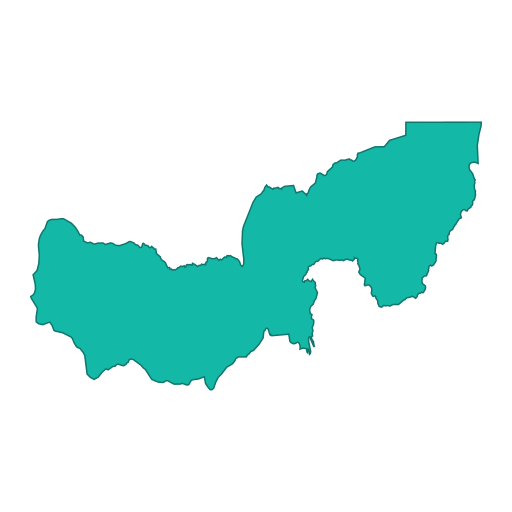 outline of Salcedo, Cotopaxi, Ecuador
{"feature_id": "8360857B66602561776891", "entity_name": "Salcedo", "entity_type": "district", "adm_level": 2, "iso_a3": "ECU", "parent_name": "Ecuador", "parent_adm1": "Cotopaxi", "projection": "equal_earth", "projection_center": [-78.584, -1.057], "detail": "fine", "context": "isolated", "style": "filled", "palette": "teal", "viewbox_px": 512, "rotation_deg": 0, "n_neighbors": 0, "source": "geoboundaries", "source_scale": "gbopen_adm2", "svg_char_len": 6074}
<svg xmlns="http://www.w3.org/2000/svg" viewBox="0 0 512 512"><path d="M314.4,346.2L313.9,344.9L313.4,341.4L311.8,339.3L311.4,336.5L312.6,336.0L312.1,333.1L312.9,331.2L312.9,330.3L312.2,327.7L313.6,324.1L313.8,320.8L313.6,320.1L311.6,318.8L311.4,316.6L312.0,315.0L311.8,314.3L310.4,313.8L309.7,310.8L309.9,308.7L310.8,306.4L313.2,304.2L314.5,300.5L315.9,298.7L317.5,292.7L315.0,287.6L315.7,285.8L315.1,283.1L315.3,282.5L313.8,281.2L312.5,279.3L311.2,281.5L308.8,280.8L307.7,279.3L306.3,280.6L304.6,281.0L304.3,282.2L302.6,281.6L302.4,280.5L303.7,276.4L305.8,274.4L306.3,272.9L307.1,272.2L307.2,271.1L308.5,269.6L308.2,267.1L309.6,266.0L310.7,266.0L312.3,264.5L313.8,264.4L315.8,261.4L317.7,261.3L321.0,258.3L322.3,259.1L324.3,258.1L325.2,258.7L328.1,258.4L333.3,260.7L336.3,259.9L340.4,260.3L341.9,260.0L343.7,260.7L345.2,259.5L347.6,259.2L348.9,259.9L351.3,260.2L352.6,261.0L354.4,259.1L354.3,257.5L357.6,258.8L358.0,259.7L357.5,261.0L358.1,262.5L357.8,263.8L359.0,265.6L359.9,268.8L359.8,270.1L359.3,270.5L358.8,272.1L360.3,274.6L364.8,277.8L365.4,278.7L364.9,279.9L364.8,283.0L364.3,283.8L364.6,285.5L365.0,285.8L367.6,284.9L369.3,285.1L371.5,287.6L371.8,290.5L371.3,293.3L372.5,295.8L373.3,296.5L374.9,295.9L375.6,296.2L375.8,297.9L376.7,299.5L377.5,300.1L377.9,303.4L379.2,306.5L381.6,307.2L383.7,305.4L385.6,305.9L387.9,305.5L389.9,306.1L393.0,304.5L398.5,304.5L403.8,300.0L405.3,299.5L406.5,297.9L411.1,296.9L412.4,296.2L415.7,298.3L417.0,296.7L417.7,294.6L419.1,293.2L420.5,293.1L421.4,292.4L423.0,292.7L423.6,292.1L425.4,289.0L425.6,286.9L425.1,285.6L422.5,283.7L421.9,281.6L422.2,277.9L424.2,276.1L426.4,275.8L428.7,270.4L428.4,269.2L428.8,268.4L428.9,266.4L430.5,265.2L431.7,266.0L433.5,265.0L435.9,261.3L436.5,255.5L436.1,254.0L435.3,253.9L435.0,253.3L435.6,246.3L436.3,243.3L437.0,242.5L439.3,243.3L440.8,243.2L442.6,244.2L443.7,243.7L445.4,241.3L447.6,241.3L448.0,239.4L447.6,236.5L448.1,235.2L449.3,234.1L449.2,232.9L449.8,231.3L452.6,229.4L453.8,226.7L454.6,226.2L454.8,224.9L455.8,224.4L456.4,222.9L459.5,218.5L461.4,217.8L460.5,214.7L461.0,211.8L463.1,209.7L464.5,209.6L465.9,210.7L467.3,210.9L467.9,209.3L470.9,207.2L471.1,206.0L471.8,205.7L472.7,204.1L472.6,201.9L473.0,200.7L474.4,199.7L475.6,194.5L475.2,193.6L475.5,191.0L475.1,190.7L474.5,188.7L474.2,185.6L474.9,182.8L474.6,181.3L475.2,179.7L474.4,179.0L472.6,173.6L469.6,169.7L468.9,166.5L469.8,163.8L471.4,162.6L475.1,162.2L478.1,163.5L477.3,145.4L479.0,134.1L481.0,126.3L481.3,122.2L405.9,122.3L405.8,135.3L389.6,140.3L384.3,146.7L374.8,146.9L358.7,153.3L358.1,153.1L357.3,154.8L357.4,157.1L356.5,158.3L356.3,159.4L354.2,161.2L353.0,161.1L351.6,160.0L350.3,160.0L349.4,158.9L344.8,160.2L340.9,160.1L336.3,163.0L335.1,162.9L333.0,164.6L332.5,167.0L327.4,171.6L326.6,174.5L325.7,175.2L324.4,175.6L320.1,173.0L317.6,173.9L317.0,175.1L316.8,177.4L315.3,183.1L310.6,187.0L309.1,189.9L308.1,193.0L307.0,193.9L306.7,195.3L305.6,193.8L304.9,193.6L302.3,191.0L296.1,192.9L293.5,185.5L284.4,186.4L281.9,188.0L281.6,189.2L280.9,188.5L279.6,188.6L277.8,187.3L276.9,187.9L273.7,188.2L273.0,189.3L269.1,186.9L268.1,187.1L266.6,185.0L264.9,187.2L263.7,190.8L262.9,191.2L261.4,193.7L256.2,197.1L253.1,202.2L243.4,226.6L242.5,231.3L242.0,243.8L243.8,259.4L243.8,262.9L243.1,265.5L242.3,266.5L240.7,265.2L239.5,261.6L237.3,258.9L235.6,258.7L234.8,257.9L231.8,256.7L230.5,255.6L228.8,256.0L228.0,255.5L226.8,255.9L226.6,257.4L224.6,257.0L221.5,260.0L220.3,259.2L218.8,260.3L216.4,257.6L214.8,258.7L212.2,258.7L208.5,257.6L207.5,258.2L207.3,261.8L205.9,262.3L205.5,264.8L204.4,264.2L202.9,264.8L201.7,264.1L200.6,265.3L198.7,265.5L197.3,266.6L195.4,264.8L192.5,263.3L192.1,265.2L191.7,265.3L190.3,264.5L188.5,264.9L187.4,264.5L186.2,265.2L185.9,266.7L185.0,267.2L184.2,265.8L182.5,266.5L180.7,266.1L179.0,267.6L177.8,267.7L177.4,268.5L175.3,269.9L174.1,269.7L172.4,270.2L171.5,269.0L170.1,269.4L169.6,267.5L167.6,267.7L165.4,262.7L164.0,261.3L162.1,260.4L160.4,257.9L160.4,256.9L156.5,253.6L155.7,249.0L154.2,249.0L153.8,248.2L151.6,246.4L150.6,247.6L149.4,247.6L147.8,245.6L145.0,245.1L144.3,244.0L143.3,243.3L142.7,243.6L141.8,247.0L139.7,247.6L138.2,245.5L136.7,244.8L135.5,244.7L133.8,242.9L130.2,241.5L129.3,241.6L125.5,243.7L119.6,245.6L115.5,245.3L113.0,243.5L110.5,242.9L105.4,244.5L103.0,243.0L97.8,243.1L94.3,244.2L90.2,242.2L87.6,243.0L83.6,241.0L83.1,236.9L81.2,235.0L79.8,235.0L77.5,230.6L75.0,226.9L72.9,224.7L71.2,223.1L63.8,218.9L62.3,218.6L56.8,219.4L51.7,219.4L48.7,220.5L47.4,221.7L44.9,228.8L43.4,230.4L40.5,235.3L39.4,238.3L38.5,243.8L38.5,247.0L39.3,254.9L38.8,263.6L37.0,270.6L33.1,274.8L35.2,284.0L35.5,288.9L34.5,293.1L32.8,295.2L30.7,296.5L31.2,298.1L37.1,307.7L37.4,308.7L36.1,317.2L36.2,321.9L38.5,323.7L42.8,324.7L48.4,322.5L50.0,322.4L52.2,325.6L53.9,330.3L54.9,331.0L62.5,332.7L70.9,336.9L72.4,338.5L74.0,342.5L76.0,346.0L77.2,347.3L80.0,348.4L83.4,352.7L84.8,355.6L87.1,374.1L90.4,377.4L94.1,379.4L98.2,377.2L101.5,372.9L105.3,369.2L106.5,369.1L108.2,369.8L112.8,366.5L115.2,366.2L116.6,364.5L118.2,364.2L123.4,365.8L125.8,364.5L127.0,362.8L128.1,362.4L129.2,359.7L131.4,359.0L133.4,359.6L141.0,365.2L143.3,367.9L145.3,369.4L151.7,379.3L154.6,380.7L158.7,382.2L163.2,382.5L166.0,380.8L167.3,380.6L174.0,384.1L180.1,384.1L182.3,383.4L186.9,385.0L188.1,384.9L189.2,384.1L190.6,381.1L192.3,379.8L198.3,379.0L204.3,376.8L205.6,383.6L208.3,387.6L210.2,389.7L211.1,389.8L212.4,389.4L213.7,388.1L215.8,382.0L218.2,377.3L221.8,373.7L226.7,367.2L232.5,363.8L235.0,360.6L235.8,358.6L238.4,356.9L246.4,356.9L247.3,355.1L249.4,353.5L250.6,351.7L253.4,350.5L258.9,344.5L263.1,338.0L263.8,331.8L264.3,330.8L264.8,330.7L266.0,328.3L266.8,328.2L268.1,328.9L269.8,334.5L270.3,335.1L270.8,334.5L271.7,335.7L288.8,334.2L289.9,341.3L291.1,342.7L293.6,343.8L295.4,343.4L297.6,342.2L298.5,342.5L299.4,343.8L300.2,346.2L300.0,349.2L302.5,348.2L305.8,348.4L306.6,349.6L307.0,352.1L307.5,352.6L307.8,349.0L308.2,349.0L309.1,351.6L309.5,354.3L310.3,353.6L310.7,351.8L308.6,341.2L308.8,337.2L309.4,336.7L310.4,337.4L310.6,339.1L313.8,346.5L314.4,346.2Z" fill="#14b8a6" stroke="#0f766e" stroke-width="1.5"/></svg>